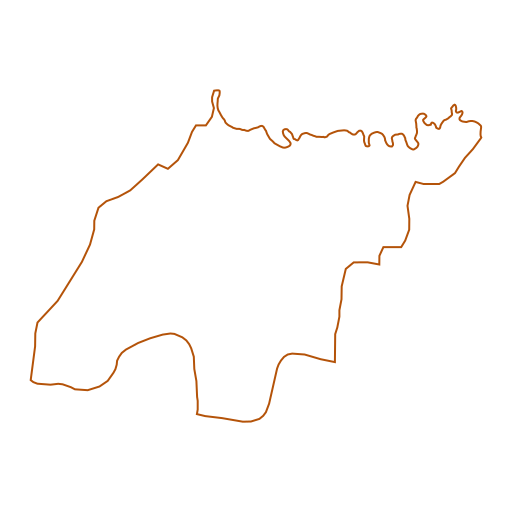 Kim Jong Suk, Ryanggang, North Korea
{"feature_id": "82179303B38572973441712", "entity_name": "Kim Jong Suk", "entity_type": "district", "adm_level": 2, "iso_a3": "PRK", "parent_name": "North Korea", "parent_adm1": "Ryanggang", "projection": "orthographic", "projection_center": [127.758, 41.268], "detail": "fine", "context": "isolated", "style": "outline", "palette": "amber", "viewbox_px": 512, "rotation_deg": 0, "n_neighbors": 0, "source": "geoboundaries", "source_scale": "gbopen_adm2", "svg_char_len": 6080}
<svg xmlns="http://www.w3.org/2000/svg" viewBox="0 0 512 512"><path d="M30.7,380.1L33.3,382.1L37.4,383.7L50.5,384.7L58.2,383.8L62.6,384.3L70.9,387.2L74.9,389.3L87.7,390.2L99.5,386.5L107.7,380.9L113.5,372.7L115.4,369.2L116.7,364.7L117.1,360.7L119.1,356.7L121.8,352.9L125.9,349.6L138.1,343.0L150.1,338.3L162.7,334.6L170.4,333.5L174.4,333.9L182.3,337.3L186.3,340.4L189.2,344.2L191.2,348.3L193.8,356.7L194.3,369.0L196.4,381.1L197.1,396.9L197.7,400.9L197.7,409.6L196.9,414.1L205.2,416.1L222.0,418.1L242.9,421.7L251.0,421.5L259.4,418.9L263.2,415.8L265.9,412.2L269.1,403.7L277.1,368.5L278.6,364.5L281.0,360.5L284.0,356.9L287.7,354.5L292.2,353.6L304.6,354.5L320.6,359.2L334.9,362.1L335.2,334.1L337.3,327.5L339.4,316.7L339.4,310.2L341.5,299.3L341.7,286.3L345.8,268.9L353.7,262.4L367.5,262.3L379.3,264.5L379.4,255.8L383.4,247.1L401.2,247.1L405.2,240.6L409.2,229.7L409.3,218.8L407.5,205.8L409.6,194.9L415.6,181.9L423.4,184.0L439.2,184.0L443.1,181.8L455.0,173.1L459.0,166.6L465.0,157.8L472.9,149.1L480.9,138.2L481.3,137.5L480.7,136.1L480.5,134.3L480.6,131.5L481.1,127.7L481.1,126.8L481.0,126.1L480.6,125.5L478.3,123.4L476.6,122.4L474.6,121.5L472.4,121.0L470.6,121.0L468.7,121.3L466.6,122.0L466.0,122.0L463.2,121.6L462.3,121.4L461.4,121.0L460.1,120.2L459.8,119.8L459.5,119.2L459.5,118.4L459.6,117.9L460.4,116.7L460.8,116.3L462.0,114.5L462.4,113.3L462.5,112.7L462.5,112.3L462.4,111.9L462.1,111.5L461.9,111.2L461.5,111.0L461.2,111.1L459.8,111.8L458.0,112.6L457.0,112.6L456.7,112.4L456.2,111.9L456.0,111.5L455.9,111.1L455.9,110.5L456.2,109.5L456.2,108.0L455.8,106.1L455.4,105.3L455.2,105.0L454.6,104.7L453.9,105.1L453.4,105.4L453.0,105.9L452.5,106.6L451.3,108.0L451.1,108.4L451.1,108.8L451.3,109.2L451.6,110.3L451.7,111.4L451.7,112.2L452.1,113.9L452.0,114.5L451.9,115.0L451.6,115.3L450.6,116.4L449.5,117.1L448.3,118.3L445.9,119.7L445.1,119.9L444.3,120.2L443.5,120.9L442.2,122.7L441.3,124.0L441.0,124.8L440.6,125.3L440.4,126.3L440.2,127.3L440.0,127.9L439.5,128.6L439.2,128.8L438.8,128.9L437.8,128.6L436.3,127.8L436.1,127.4L436.1,127.0L435.8,126.2L435.1,124.7L434.7,124.1L433.8,123.3L433.0,122.8L432.3,122.6L431.7,122.7L431.3,123.2L431.1,123.5L430.9,124.4L430.7,124.8L429.7,124.8L428.9,125.2L427.8,125.2L426.8,125.0L426.4,124.7L424.9,123.4L424.4,122.9L423.8,121.9L423.3,121.0L423.1,120.1L423.2,119.7L423.4,119.5L424.0,118.9L424.8,118.3L426.1,117.0L426.4,116.4L426.2,115.6L426.1,115.4L424.7,114.2L424.0,113.8L422.9,113.6L421.0,113.8L419.8,114.2L418.7,115.1L417.9,116.0L417.1,117.5L416.0,118.9L415.6,120.1L415.7,120.9L416.2,123.6L416.3,125.0L416.4,126.5L416.4,127.7L416.7,128.4L417.0,131.0L417.0,132.3L416.9,133.2L416.7,133.7L416.3,134.9L415.9,135.6L415.6,136.6L415.0,138.0L414.9,138.3L415.0,138.7L415.3,139.4L415.9,140.1L416.6,141.0L417.3,141.8L418.1,142.9L418.3,143.3L418.4,144.1L418.2,145.1L417.6,146.5L417.3,146.9L416.3,147.9L414.1,149.3L413.6,149.5L412.6,149.4L411.7,149.0L410.2,148.2L409.0,147.3L407.8,146.1L407.2,144.8L406.3,142.1L405.4,139.9L405.2,138.1L404.8,137.5L404.5,136.6L404.0,135.7L403.7,135.2L402.7,134.2L402.3,133.9L401.4,133.7L400.0,133.8L399.0,134.0L398.3,134.4L397.5,134.5L395.2,134.7L393.4,135.8L392.7,136.4L392.1,137.1L391.8,138.2L392.3,140.5L392.4,141.5L392.9,143.0L393.0,144.1L393.0,144.6L393.0,144.9L392.7,145.5L392.2,146.2L391.9,146.5L391.5,146.5L390.2,146.4L389.1,146.1L388.8,145.9L388.1,145.4L387.0,144.2L386.7,143.6L386.4,143.2L385.5,141.2L385.3,140.6L385.1,140.3L385.1,139.5L384.9,138.4L384.4,137.0L383.1,135.0L382.1,133.9L380.6,133.1L377.7,132.0L377.1,132.0L376.1,132.1L374.3,132.6L371.8,133.7L370.4,134.9L369.9,135.5L369.5,136.1L369.3,136.7L369.0,137.9L368.9,138.4L368.8,139.0L368.8,142.8L369.5,145.2L369.5,145.5L368.9,146.1L368.3,146.3L367.2,146.4L365.9,146.0L365.6,145.7L364.2,141.9L364.1,141.2L364.0,140.4L364.2,136.5L364.1,136.1L363.6,135.2L362.9,133.2L362.2,131.9L362.0,131.5L361.6,131.2L361.2,130.9L360.8,130.7L359.8,130.7L359.1,130.8L357.3,132.3L356.6,133.2L355.7,134.1L355.2,134.4L354.1,134.6L353.0,134.5L352.4,134.3L350.7,133.2L350.3,132.8L349.9,132.5L348.9,132.2L347.7,131.1L347.0,130.7L346.3,130.6L344.6,130.3L343.9,130.3L337.9,130.9L336.6,131.3L333.2,132.5L329.6,134.0L328.6,134.7L327.8,135.5L327.5,136.0L327.1,136.5L325.7,137.1L324.3,137.3L323.7,136.9L321.8,137.0L319.2,136.8L316.5,136.8L314.7,136.1L313.5,135.8L311.7,135.0L310.0,134.5L308.5,133.7L307.1,133.1L306.6,133.0L306.1,133.0L305.0,133.1L302.7,133.8L302.2,134.0L301.4,134.7L300.7,135.5L300.2,136.4L299.9,136.9L299.7,137.5L299.1,138.4L298.8,138.9L298.5,139.3L298.3,139.7L298.0,140.1L297.3,140.4L296.0,139.9L295.1,139.2L294.0,139.0L293.7,138.8L293.5,138.5L293.1,137.1L292.4,135.3L292.1,134.3L291.7,133.7L290.1,131.9L289.0,131.3L287.9,129.9L287.6,129.6L286.9,129.2L285.9,129.1L284.9,129.2L283.7,129.8L283.3,130.2L282.8,131.4L283.1,133.4L283.8,135.3L284.7,136.6L286.2,138.1L288.9,140.7L289.8,141.9L290.5,143.0L290.6,143.6L290.5,144.3L290.3,144.9L289.6,145.8L288.4,146.5L287.3,147.0L285.4,147.6L284.2,147.7L282.8,147.5L279.9,146.3L275.6,143.9L274.4,143.2L273.4,142.0L272.9,141.6L272.5,141.1L271.2,140.0L269.9,138.8L267.4,134.5L267.0,133.7L265.9,130.6L265.4,130.1L263.5,126.8L262.5,126.1L261.9,125.9L260.7,126.0L259.4,126.5L258.1,127.3L255.9,127.9L253.9,128.3L250.5,129.7L249.9,130.0L248.7,130.7L248.2,130.9L247.6,130.9L246.2,130.7L244.1,129.9L243.5,130.0L242.2,129.9L241.2,129.5L240.6,129.2L239.5,128.9L236.7,128.9L233.5,127.9L232.7,127.6L232.3,127.2L231.5,126.8L228.6,125.3L227.5,124.5L225.6,122.7L225.0,121.4L224.9,120.8L224.1,119.4L223.0,118.3L221.7,116.4L221.5,115.9L220.6,114.5L220.2,113.5L219.9,113.1L219.6,112.4L219.3,112.0L219.1,111.5L218.4,110.5L217.7,108.1L217.4,105.7L217.5,103.2L217.7,101.2L217.8,98.8L218.0,98.2L219.0,96.2L219.4,95.2L219.7,92.9L219.7,91.7L219.6,91.1L219.5,90.8L219.2,90.6L218.8,90.4L217.9,90.3L217.2,90.3L215.3,90.5L214.1,90.7L212.1,97.2L212.1,101.5L213.9,108.1L211.9,116.8L205.9,125.4L196.0,125.4L192.0,131.9L187.9,142.8L177.9,160.1L167.9,168.8L158.1,164.4L142.2,179.6L130.2,190.4L118.3,196.9L106.4,201.2L98.5,207.7L94.3,220.7L94.2,229.4L90.0,244.6L81.9,261.9L57.6,300.9L37.5,322.5L35.3,333.4L35.1,346.4L30.7,380.1Z" fill="none" stroke="#b45309" stroke-width="2"/></svg>